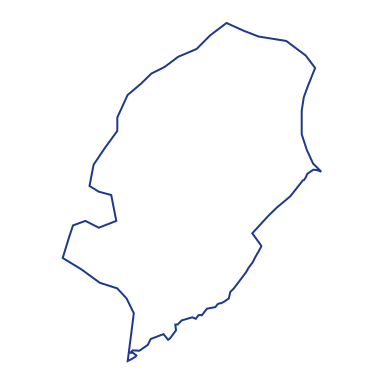 Lythrodontas, Nicosia, Cyprus (Equal Earth projection)
{"feature_id": "46923920B22593785747920", "entity_name": "Lythrodontas", "entity_type": "district", "adm_level": 2, "iso_a3": "CYP", "parent_name": "Cyprus", "parent_adm1": "Nicosia", "projection": "equal_earth", "projection_center": [33.288, 34.939], "detail": "fine", "context": "isolated", "style": "outline", "palette": "blue", "viewbox_px": 384, "rotation_deg": 0, "n_neighbors": 0, "source": "geoboundaries", "source_scale": "gbopen_adm2", "svg_char_len": 1217}
<svg xmlns="http://www.w3.org/2000/svg" viewBox="0 0 384 384"><path d="M286.3,41.0L258.5,36.5L244.0,30.9L226.5,23.0L210.1,35.4L196.7,48.9L178.1,56.8L164.7,66.9L151.3,73.6L141.0,83.7L127.6,95.0L117.3,117.5L117.3,130.9L105.0,147.8L93.6,164.7L89.5,186.0L98.8,191.7L111.2,195.0L116.3,220.9L98.8,227.7L85.4,220.9L73.0,225.4L68.9,237.8L62.7,258.0L81.3,269.3L99.8,282.8L117.3,288.4L126.6,298.5L133.8,313.2L131.7,330.0L127.7,361.0L131.3,359.3L135.5,356.7L136.4,355.5L132.9,352.8L130.3,352.8L132.7,350.4L139.4,350.7L147.8,344.9L150.7,339.0L163.5,334.1L168.1,339.8L170.1,338.3L176.0,330.3L175.3,324.6L177.8,324.4L181.7,320.4L192.3,317.3L195.8,318.8L198.3,315.4L200.0,314.9L201.8,315.3L206.9,308.7L215.4,307.1L217.6,304.2L219.9,303.2L221.1,303.3L224.2,301.6L228.8,298.5L230.3,291.9L233.7,288.6L243.6,275.5L246.2,272.0L248.8,267.4L252.6,262.5L255.2,257.3L257.2,253.8L258.7,251.3L261.3,246.4L261.1,245.5L252.3,233.3L261.3,223.5L267.8,216.4L269.0,215.2L277.0,207.4L290.4,196.2L302.8,180.4L303.9,180.1L305.6,177.7L307.4,173.7L313.4,169.7L316.7,170.0L320.8,171.5L321.3,171.7L313.1,163.6L306.9,150.1L301.7,134.3L301.7,110.7L303.8,97.2L307.9,86.0L315.1,68.0L305.8,55.6L286.3,41.0Z" fill="none" stroke="#1e3a8a" stroke-width="2"/></svg>